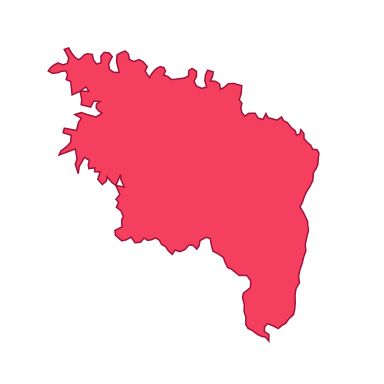 Almirante Tamandaré do Sul, Rio Grande do Sul, Brazil, rotated 354°
{"feature_id": "56859067B35776288665793", "entity_name": "Almirante Tamandaré do Sul", "entity_type": "district", "adm_level": 2, "iso_a3": "BRA", "parent_name": "Brazil", "parent_adm1": "Rio Grande do Sul", "projection": "mercator", "projection_center": [-52.924, -28.143], "detail": "fine", "context": "isolated", "style": "filled", "palette": "rose", "viewbox_px": 384, "rotation_deg": 354, "n_neighbors": 0, "source": "geoboundaries", "source_scale": "gbopen_adm2", "svg_char_len": 3176}
<svg xmlns="http://www.w3.org/2000/svg" viewBox="0 0 384 384"><g transform="rotate(354 192 192)"><path d="M157.2,57.6L153.3,54.8L147.7,56.2L143.6,53.6L143.1,48.1L140.4,44.8L136.4,45.8L131.8,47.8L130.6,54.4L131.4,60.4L132.2,65.5L126.8,64.8L122.7,61.4L122.5,56.3L124.4,52.6L126.9,49.2L124.2,45.1L119.3,43.9L115.6,47.3L115.2,53.9L110.5,54.8L107.9,50.6L107.2,44.8L102.5,43.6L99.1,44.4L96.4,46.7L93.2,48.7L90.0,46.2L86.8,41.3L84.4,35.8L79.8,36.9L81.8,41.4L83.4,46.0L81.6,51.1L77.1,52.1L72.1,49.6L67.5,51.5L64.4,53.6L61.7,56.6L65.7,59.4L70.4,59.4L75.3,58.3L79.2,58.3L80.5,62.3L78.6,67.0L82.9,69.4L82.9,82.9L91.3,80.1L92.0,88.7L90.9,93.6L100.1,97.0L103.8,91.3L110.0,92.4L106.2,94.5L105.5,98.3L107.5,101.4L110.7,104.1L104.5,107.4L96.3,104.2L90.3,101.4L83.5,102.7L89.7,107.0L86.4,111.0L83.5,118.7L71.7,115.2L70.0,119.5L77.9,123.0L76.5,129.8L72.9,133.2L65.9,137.5L63.6,141.3L80.4,137.0L81.2,147.0L78.8,152.2L80.8,161.8L82.5,154.8L88.6,146.4L93.2,149.7L91.7,154.1L91.8,158.0L98.0,157.8L97.2,161.6L102.7,162.6L99.6,169.4L103.6,175.2L108.3,171.9L109.0,167.9L113.5,174.4L117.0,177.5L120.0,187.1L115.6,191.3L118.0,194.4L115.2,199.3L119.3,203.2L121.2,209.2L119.1,212.4L118.7,219.4L111.3,222.1L111.3,227.0L117.0,233.2L121.2,232.8L126.8,230.6L130.1,236.6L135.7,236.5L139.4,232.8L142.8,235.5L146.8,235.2L151.2,233.8L154.6,236.7L156.3,241.0L160.0,243.5L162.2,247.7L165.8,252.0L169.2,248.0L173.8,250.1L179.1,248.4L183.5,244.3L187.8,245.4L190.8,249.3L193.3,246.5L194.9,241.2L201.3,238.6L205.4,240.4L205.6,245.8L206.7,253.1L211.0,255.8L216.4,260.3L217.6,265.4L219.5,270.8L223.3,273.0L226.5,276.2L230.2,279.9L237.9,280.8L241.1,286.5L240.1,293.1L235.6,296.1L232.6,298.0L231.2,302.4L232.3,309.2L231.3,316.2L232.5,322.1L231.7,329.5L233.6,333.6L237.3,335.9L242.4,340.6L246.2,342.9L250.0,344.0L252.8,348.2L253.6,341.8L249.4,338.3L250.0,334.0L253.2,330.8L258.6,333.6L263.5,336.8L267.3,334.2L271.3,332.5L274.8,328.5L280.1,324.5L281.9,319.4L283.1,312.8L283.6,306.0L285.2,299.2L289.4,293.4L289.2,286.9L291.4,280.1L293.5,275.9L296.5,267.8L299.1,262.4L299.1,256.0L300.8,250.9L302.6,245.8L303.9,242.1L303.6,237.4L303.9,233.5L302.3,228.7L300.6,224.0L297.8,218.1L300.7,213.9L303.2,208.2L305.8,203.9L309.8,198.8L313.3,193.3L314.8,185.6L318.1,181.3L320.0,177.8L321.0,172.1L322.3,166.7L320.6,162.8L316.5,162.2L315.0,158.0L311.6,154.4L309.0,150.6L309.4,145.6L306.8,141.4L305.1,145.9L301.7,146.1L301.2,142.1L297.2,138.0L294.0,132.9L290.5,130.6L288.9,126.8L284.1,129.4L279.7,127.7L275.3,126.0L273.7,121.7L270.2,127.3L265.4,125.3L262.9,120.2L256.7,119.7L252.3,122.0L249.8,117.9L249.4,113.3L250.9,109.0L248.6,105.3L251.1,99.5L252.6,91.4L248.6,90.0L244.8,88.3L239.4,88.2L235.3,91.1L231.0,92.9L230.7,87.5L227.2,84.5L221.8,83.3L224.3,79.7L225.7,74.8L220.3,72.5L217.6,76.9L216.4,82.8L217.6,89.0L212.5,90.0L207.5,87.1L205.6,81.8L208.6,77.5L209.1,72.4L205.0,69.1L201.6,70.9L200.5,76.4L195.9,77.9L190.9,78.0L187.1,78.2L183.0,77.8L180.0,74.5L175.9,72.7L178.3,69.0L177.0,65.3L173.4,64.0L170.1,65.2L167.1,67.4L164.2,70.2L161.7,73.9L158.0,66.8L160.6,62.7L157.2,57.6ZM117.0,177.5L122.8,167.1L122.5,171.7L125.1,180.0L117.0,177.5ZM91.3,80.1L97.5,76.4L100.1,81.1L91.3,80.1Z" fill="#f43f5e" stroke="#9f1239" stroke-width="1.5"/></g></svg>